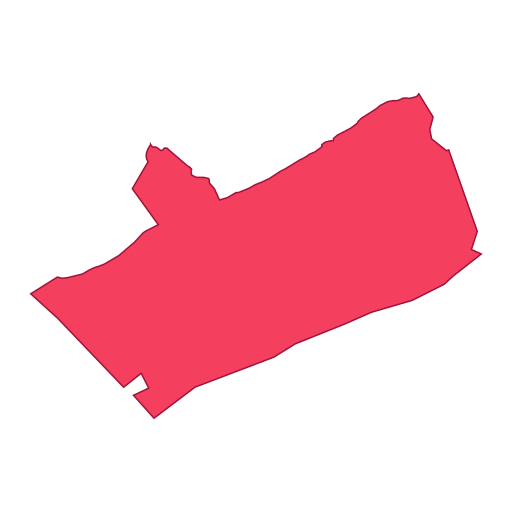 Giles, Virginia, United States of America (Albers equal-area conic projection)
{"feature_id": "52423323B66517742770960", "entity_name": "Giles", "entity_type": "district", "adm_level": 2, "iso_a3": "USA", "parent_name": "United States of America", "parent_adm1": "Virginia", "projection": "albers", "projection_center": [-80.724, 37.315], "detail": "fine", "context": "isolated", "style": "filled", "palette": "rose", "viewbox_px": 512, "rotation_deg": 0, "n_neighbors": 0, "source": "geoboundaries", "source_scale": "gbopen_adm2", "svg_char_len": 1436}
<svg xmlns="http://www.w3.org/2000/svg" viewBox="0 0 512 512"><path d="M448.7,149.9L446.5,150.7L431.7,139.0L429.8,129.5L433.1,117.0L418.8,93.8L417.3,95.9L415.9,96.8L409.5,98.4L405.8,98.0L402.7,98.2L401.8,98.9L397.0,100.7L393.1,100.6L387.5,101.7L380.3,105.4L376.6,108.5L361.5,118.2L358.1,121.4L357.3,123.2L350.5,128.3L337.7,134.9L333.6,138.3L333.2,140.8L330.3,140.8L325.7,142.0L324.1,142.9L321.8,144.7L321.7,145.5L322.2,146.5L315.3,151.7L309.3,154.3L307.0,156.1L301.2,159.4L300.6,159.4L285.5,168.7L280.0,171.5L269.6,178.4L261.6,182.2L255.4,184.6L249.2,188.1L244.2,190.2L238.5,192.5L236.0,192.6L227.4,197.6L219.5,200.0L214.5,189.0L214.4,188.6L210.1,183.9L209.3,182.3L209.3,180.2L208.7,178.5L203.9,177.4L197.3,177.3L196.1,177.3L191.7,175.1L191.0,171.9L191.6,169.2L189.7,167.1L187.5,165.9L168.4,149.5L167.4,148.3L164.4,148.0L162.4,150.3L160.8,150.5L157.4,147.9L155.5,147.0L152.6,146.9L151.5,145.8L151.4,145.7L150.6,144.4L150.6,144.5L147.8,149.2L146.3,153.8L146.2,156.6L146.8,159.4L148.1,161.7L132.3,188.7L158.3,224.7L146.0,230.9L143.2,232.8L134.6,242.1L118.8,255.6L104.3,264.1L98.3,266.5L95.2,267.3L89.7,269.8L82.2,274.1L67.8,277.6L62.1,278.3L57.3,277.1L30.7,293.8L57.8,318.4L123.6,387.2L141.2,373.3L148.7,388.1L133.5,395.3L154.0,418.2L195.1,387.1L273.9,357.1L295.1,343.9L345.5,323.7L371.3,312.3L412.3,300.3L444.1,284.3L453.2,276.0L481.3,254.0L471.4,249.5L477.3,231.4L448.7,149.9Z" fill="#f43f5e" stroke="#9f1239" stroke-width="1.5"/></svg>